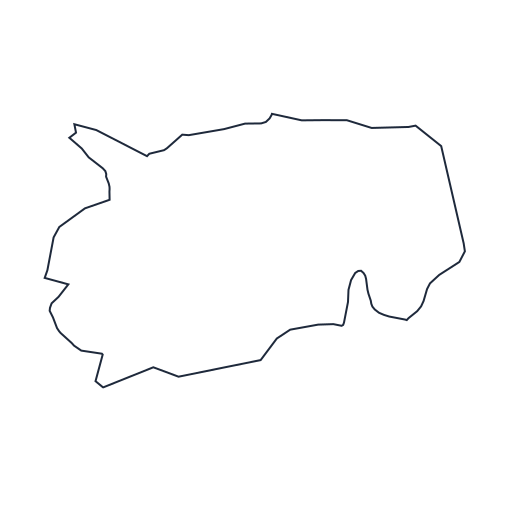 outline of Tashigang, rotated 8°
{"feature_id": "BTN-2493", "entity_name": "Tashigang", "entity_type": "District", "adm_level": 1, "iso_a3": "BTN", "parent_name": "Bhutan", "parent_adm1": "", "projection": "albers", "projection_center": [91.704, 27.241], "detail": "fine", "context": "isolated", "style": "outline", "palette": "slate", "viewbox_px": 512, "rotation_deg": 8, "n_neighbors": 0, "source": "natural_earth", "source_scale": "10m", "svg_char_len": 1313}
<svg xmlns="http://www.w3.org/2000/svg" viewBox="0 0 512 512"><g transform="rotate(8 256 256)"><path d="M252.0,113.0L282.4,115.3L303.7,112.1L327.1,108.9L352.7,113.1L389.1,107.0L395.9,104.7L424.1,121.4L459.9,214.6L462.2,222.3L458.2,233.6L440.1,249.2L432.1,258.9L430.0,264.9L428.2,277.3L426.5,282.9L423.3,288.2L415.7,296.3L414.2,298.5L412.6,298.2L396.3,297.4L390.9,296.5L385.7,295.1L381.0,292.4L378.3,289.9L376.8,287.2L375.9,284.3L372.6,277.7L371.1,273.9L368.2,263.4L366.9,260.3L364.9,257.9L362.1,256.0L359.3,256.6L356.6,259.0L353.5,266.6L352.3,276.6L353.5,288.7L352.4,309.7L351.9,312.1L350.5,313.2L342.1,312.7L327.1,315.3L300.1,324.2L288.1,334.8L275.1,358.4L196.1,386.3L169.8,380.5L123.1,407.3L122.7,407.3L114.5,402.3L117.9,375.0L117.0,374.2L96.1,374.0L88.3,370.1L85.7,367.9L73.3,359.5L71.5,357.9L69.0,355.1L63.5,345.1L59.3,339.0L59.2,336.0L60.2,331.3L66.1,324.0L74.1,310.2L49.8,307.1L51.4,299.1L53.0,265.7L57.2,254.6L80.0,232.6L103.2,220.7L101.9,212.6L101.7,210.1L101.3,207.9L100.1,204.7L96.5,198.3L96.3,195.7L95.0,192.9L92.1,190.5L76.6,181.6L68.5,173.8L54.7,164.9L60.6,158.9L57.8,150.8L80.3,153.5L134.2,172.3L136.1,169.6L150.2,164.0L152.8,161.7L166.1,146.1L172.6,145.7L206.7,134.8L226.8,126.4L242.6,124.0L247.1,121.9L250.3,117.9L251.8,114.2L252.0,113.0Z" fill="none" stroke="#1e293b" stroke-width="2"/></g></svg>